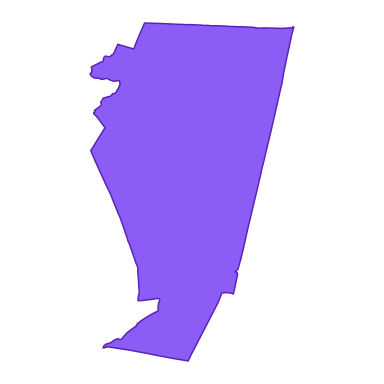 outline of Obrejita, Vrancea, Romania
{"feature_id": "2599482B71493090324690", "entity_name": "Obrejita", "entity_type": "district", "adm_level": 2, "iso_a3": "ROU", "parent_name": "Romania", "parent_adm1": "Vrancea", "projection": "robinson", "projection_center": [27.083, 45.477], "detail": "fine", "context": "isolated", "style": "filled", "palette": "violet", "viewbox_px": 384, "rotation_deg": 0, "n_neighbors": 0, "source": "geoboundaries", "source_scale": "gbopen_adm2", "svg_char_len": 4372}
<svg xmlns="http://www.w3.org/2000/svg" viewBox="0 0 384 384"><path d="M293.8,27.2L293.2,27.1L292.7,27.0L292.6,27.4L292.5,27.9L292.2,27.9L291.3,27.9L290.3,27.9L288.4,28.0L285.3,28.2L283.1,28.3L281.4,28.4L272.7,28.1L266.8,28.0L263.3,27.9L262.2,28.2L257.4,28.0L256.7,28.0L255.2,27.6L254.3,27.4L252.8,27.3L250.2,27.2L245.8,26.9L243.8,26.8L241.6,26.8L239.8,26.8L235.5,26.6L232.9,26.5L229.4,26.4L227.4,26.3L226.7,26.3L225.0,26.0L223.1,26.0L218.4,25.8L214.1,25.7L213.6,25.8L212.6,25.8L212.1,25.8L211.0,25.7L208.3,25.5L206.3,25.3L204.6,25.4L203.8,25.4L200.2,25.0L198.3,25.0L195.8,24.8L193.9,24.8L191.7,24.7L188.4,24.6L186.2,24.6L184.1,24.6L182.3,24.4L181.1,24.3L179.9,24.4L171.4,24.0L163.4,23.6L144.6,23.0L141.8,29.4L139.1,35.7L135.6,44.1L133.7,49.0L117.8,44.3L114.8,51.0L113.5,53.8L113.1,54.3L111.5,55.1L110.2,56.5L109.5,56.8L108.8,56.7L107.9,56.6L106.9,56.4L106.2,56.2L105.6,56.1L105.0,56.3L104.3,57.0L103.8,57.6L103.6,58.4L103.4,59.2L103.3,59.8L103.3,60.7L103.1,61.1L102.7,61.7L102.4,62.0L100.8,62.0L99.8,62.6L96.0,64.6L91.3,67.0L91.4,67.4L91.6,68.1L91.7,68.9L91.7,69.7L91.7,70.0L91.7,70.3L91.8,70.8L91.9,71.3L91.8,71.7L91.6,72.1L91.4,72.4L91.0,72.9L90.5,73.3L90.2,73.8L90.3,74.4L90.8,75.1L91.3,76.1L92.3,76.7L93.0,77.1L93.7,77.7L94.4,77.9L95.8,78.2L97.5,78.3L98.6,78.2L99.4,78.5L100.4,79.0L100.9,79.3L101.6,79.4L102.3,79.4L103.4,79.2L105.0,78.8L105.9,78.6L106.4,78.5L107.1,78.5L108.1,79.0L109.5,79.8L110.6,80.2L112.7,80.9L113.9,81.2L115.1,81.2L116.4,80.9L119.0,80.5L119.5,80.4L119.5,80.7L119.5,81.2L119.7,82.2L120.0,83.7L120.1,84.2L119.6,85.2L119.3,86.1L118.7,87.5L118.4,88.3L118.0,89.0L117.3,89.8L117.0,90.4L116.9,90.7L116.6,91.4L116.2,92.0L115.6,92.7L114.9,93.3L113.7,93.6L112.9,93.6L112.7,93.7L112.5,93.9L111.7,94.9L111.2,95.4L110.6,96.1L109.8,96.5L109.2,96.6L108.5,96.6L107.9,96.7L107.4,96.8L107.2,96.9L106.9,97.0L106.0,97.4L104.5,97.8L103.2,98.2L102.8,98.5L102.6,99.3L102.4,99.9L102.0,100.5L101.4,101.1L101.1,101.6L100.8,102.1L100.8,102.6L101.0,103.1L101.3,103.9L101.3,104.6L101.1,105.2L100.8,105.6L100.3,106.0L99.9,106.4L98.3,107.6L95.4,109.7L95.1,109.9L94.4,110.6L95.1,111.8L93.7,112.9L94.1,114.3L95.3,115.2L96.2,116.1L97.0,117.1L98.4,118.8L100.6,121.8L104.1,126.5L105.0,127.7L103.2,130.6L100.4,135.1L98.9,137.4L96.5,141.4L95.3,143.3L90.8,150.6L92.2,154.1L96.2,163.3L99.9,171.5L101.0,173.8L105.6,184.0L110.8,194.8L112.9,200.3L114.9,205.1L117.2,210.9L118.1,213.4L119.0,215.0L119.9,217.1L122.2,223.5L124.3,229.3L125.9,234.6L126.9,237.0L128.1,241.3L129.3,243.8L130.2,246.3L133.4,255.6L135.9,262.9L137.3,266.1L137.9,268.3L137.8,269.8L137.8,271.3L138.1,275.4L138.3,277.6L138.6,281.8L138.6,283.6L138.8,286.9L139.0,288.5L139.1,289.6L139.2,292.6L138.4,296.1L137.9,300.0L138.5,300.7L141.4,300.6L144.2,300.3L146.7,300.0L149.0,299.7L153.2,299.2L156.8,298.5L159.1,298.8L159.5,299.0L159.7,300.0L159.3,301.5L158.8,302.5L158.2,305.7L158.0,307.3L158.1,308.9L158.2,310.6L158.1,311.0L154.5,312.7L150.7,314.7L145.7,317.7L141.2,320.7L137.4,323.7L136.8,325.1L135.7,326.2L135.9,326.4L132.0,328.9L130.3,330.3L128.4,331.6L127.3,332.6L125.9,334.0L124.5,335.6L123.2,337.0L122.5,338.1L122.2,338.7L121.5,339.1L120.2,339.5L118.9,339.3L118.3,338.7L116.1,339.2L116.1,339.3L114.0,340.3L111.3,342.3L109.4,343.3L108.3,343.5L106.1,344.1L104.6,345.3L104.2,345.6L103.6,346.2L103.5,346.6L103.2,347.9L103.5,347.9L103.9,347.9L105.0,347.6L106.5,347.1L107.1,347.0L108.9,347.0L111.1,347.3L114.9,347.9L123.3,349.2L127.5,349.8L132.1,350.6L141.0,352.3L148.7,353.7L153.7,354.8L159.1,355.8L164.3,356.8L169.0,357.7L176.3,359.0L180.0,359.6L187.3,360.8L187.6,360.9L188.1,361.0L189.6,357.9L191.1,354.8L195.0,347.3L206.1,325.8L218.0,302.7L221.9,293.0L225.9,292.6L227.9,292.8L229.2,292.9L230.5,293.0L231.5,293.3L232.1,293.6L232.5,293.7L232.9,293.9L233.3,293.9L233.9,292.0L237.6,274.3L237.4,273.3L237.1,272.8L236.7,272.5L236.3,272.4L235.7,272.3L235.3,272.1L235.3,271.7L235.5,271.3L236.1,271.0L236.4,270.9L237.1,270.3L237.7,269.5L238.3,268.2L238.4,267.9L238.4,267.6L239.5,263.8L240.2,261.2L240.4,260.6L240.8,259.2L241.0,258.3L241.1,258.0L241.7,255.2L241.8,254.9L243.1,249.6L243.7,247.1L244.9,241.6L248.0,227.8L249.8,220.4L253.2,206.1L258.4,184.3L260.3,176.1L261.2,172.0L262.1,167.9L264.1,160.0L266.1,151.4L267.9,144.0L271.5,128.9L274.9,114.1L277.7,101.7L280.5,89.3L281.7,84.7L282.5,79.9L283.8,72.1L285.3,65.1L286.9,57.2L288.7,49.1L290.6,40.2L291.9,34.0L293.8,27.2Z" fill="#8b5cf6" stroke="#5b21b6" stroke-width="1.5"/></svg>